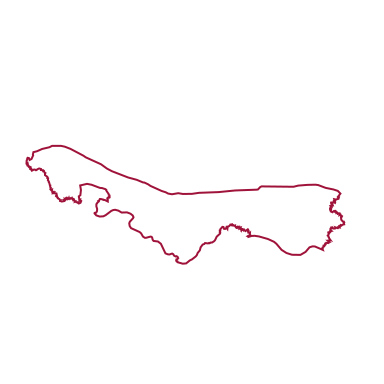 the district of Tha Uthen, Nakhon Phanom, Thailand, rotated 327°
{"feature_id": "78962969B23223373784889", "entity_name": "Tha Uthen", "entity_type": "district", "adm_level": 2, "iso_a3": "THA", "parent_name": "Thailand", "parent_adm1": "Nakhon Phanom", "projection": "mercator", "projection_center": [104.479, 17.636], "detail": "fine", "context": "isolated", "style": "outline", "palette": "rose", "viewbox_px": 384, "rotation_deg": 327, "n_neighbors": 0, "source": "geoboundaries", "source_scale": "gbopen_adm2", "svg_char_len": 5944}
<svg xmlns="http://www.w3.org/2000/svg" viewBox="0 0 384 384"><g transform="rotate(327 192 192)"><path d="M80.1,130.1L80.9,129.3L80.7,129.0L81.1,129.1L81.3,128.7L81.6,129.7L82.5,129.5L82.1,129.3L82.3,128.5L83.3,128.4L83.3,128.8L84.0,128.9L84.0,130.1L84.4,129.9L84.9,130.4L85.5,130.0L85.3,130.7L86.2,130.9L86.1,131.3L87.1,131.2L87.6,132.2L88.1,131.9L88.0,133.2L88.5,132.8L88.9,133.4L88.3,133.9L88.4,134.5L88.8,134.6L88.5,136.0L89.0,136.2L88.7,136.4L89.2,136.5L89.4,137.6L90.9,138.5L90.4,139.0L90.8,140.0L92.6,140.3L94.2,139.2L94.0,138.6L93.6,138.9L93.2,138.5L93.9,137.7L93.2,137.7L93.1,137.3L93.8,136.8L93.6,136.5L94.7,134.0L96.6,133.9L99.9,129.9L101.8,125.6L108.4,128.0L111.7,131.2L117.0,138.4L118.7,139.7L120.9,142.4L121.3,143.5L120.9,144.0L121.0,148.3L120.6,149.0L121.0,149.9L120.1,151.4L119.6,151.0L119.1,151.5L118.5,150.9L117.6,151.1L117.3,151.5L117.2,152.6L116.2,154.1L114.5,151.2L113.4,150.4L113.5,150.1L111.7,148.2L110.8,147.7L109.5,148.6L108.5,148.5L108.5,149.2L106.7,149.4L106.3,149.8L105.2,150.1L104.0,151.9L103.2,154.6L102.0,156.2L100.5,157.1L99.0,156.5L98.6,156.9L99.0,159.5L101.2,162.3L104.4,164.1L106.9,164.4L114.1,163.9L116.0,164.2L117.8,165.0L120.1,167.5L121.8,170.9L126.4,173.7L128.6,176.7L129.5,179.4L129.2,181.3L128.2,181.9L123.6,183.1L122.3,184.1L121.2,186.6L121.2,189.1L126.3,197.1L126.8,199.0L126.6,202.7L127.5,204.7L128.3,205.3L132.9,206.8L133.7,207.6L133.7,208.7L133.0,210.6L133.1,212.1L136.5,215.0L137.7,218.5L136.3,229.0L137.8,231.1L139.0,232.1L141.8,232.8L142.4,234.0L142.3,235.6L143.2,237.2L144.1,237.4L144.6,238.6L144.4,239.9L143.6,239.9L143.0,240.6L142.1,240.1L141.3,241.0L141.3,241.9L141.9,242.6L141.7,243.1L145.2,247.1L148.2,248.7L152.9,248.2L155.3,248.5L160.0,248.1L161.6,247.6L163.6,246.2L166.8,245.2L169.1,243.1L172.3,241.9L174.0,242.3L175.1,241.9L177.5,243.9L178.6,244.0L178.9,244.6L180.3,244.6L181.3,245.3L183.8,245.3L185.2,244.9L188.4,242.9L192.8,242.2L193.5,241.6L193.4,240.7L194.0,240.4L194.3,239.5L194.8,239.7L195.4,238.7L198.5,237.8L199.3,238.5L198.8,240.3L199.6,241.0L200.5,240.8L201.4,241.3L201.5,242.3L202.3,241.3L201.9,240.4L202.2,240.0L203.7,240.8L205.6,240.7L206.4,240.2L207.9,240.9L207.3,241.7L207.4,242.0L208.6,242.2L208.8,243.1L209.9,243.5L209.5,244.0L209.7,246.3L210.1,246.7L210.6,246.4L210.7,245.7L211.4,245.9L211.2,246.6L212.0,246.8L211.9,247.3L212.4,247.4L211.7,248.5L213.2,248.6L212.6,249.1L212.6,249.9L213.0,249.2L213.0,249.7L214.4,250.7L214.4,251.2L213.8,251.4L215.1,251.8L214.7,252.6L215.3,252.7L215.6,253.9L216.9,253.7L217.3,254.4L218.0,253.9L218.1,254.5L218.5,254.4L218.4,255.1L217.5,255.3L217.2,256.5L217.8,256.5L217.6,257.0L217.9,257.4L217.8,258.2L218.2,258.1L217.3,259.3L217.4,259.8L215.9,259.9L215.5,259.4L214.7,259.4L215.0,259.8L214.8,260.4L218.0,261.3L220.6,262.8L224.0,265.8L230.1,272.8L233.7,278.5L234.6,281.5L235.6,289.3L238.0,294.6L241.7,299.1L248.7,303.8L254.6,304.1L260.4,302.4L263.4,303.2L265.4,304.6L270.2,311.8L270.4,310.8L270.7,310.7L270.6,310.1L271.4,309.6L273.0,309.6L273.2,308.7L273.9,309.0L274.0,308.7L274.5,308.7L274.2,308.3L274.8,308.7L275.4,308.0L275.7,308.3L275.9,307.9L276.9,307.7L278.3,308.9L278.7,308.6L279.2,308.9L279.7,308.1L279.6,307.7L280.3,308.4L280.3,307.9L280.7,307.7L280.5,307.3L280.9,307.5L281.7,307.1L281.9,307.4L281.8,305.6L282.2,304.6L282.0,303.8L282.4,303.2L282.1,302.5L283.6,301.9L284.3,300.1L285.0,300.3L285.3,301.1L286.5,300.8L286.7,300.1L287.8,300.6L287.5,299.5L287.8,298.4L289.4,297.6L289.6,298.5L290.3,298.4L290.1,299.0L291.2,299.7L291.2,300.1L292.4,300.6L293.3,300.4L293.3,300.1L294.4,301.5L294.9,301.2L295.0,301.7L295.8,301.5L296.2,301.9L296.6,301.2L296.8,301.6L297.0,301.0L297.9,300.8L297.8,301.3L298.9,300.9L299.1,301.6L300.5,301.4L302.0,302.0L302.4,300.8L303.1,300.5L303.2,299.5L302.4,299.0L302.1,296.5L303.2,294.3L303.8,294.5L304.5,294.1L304.3,293.8L304.5,293.4L304.0,292.6L304.2,291.9L303.2,291.7L304.1,291.0L304.2,290.3L302.2,289.7L302.2,288.8L302.7,288.8L302.4,288.2L301.9,288.1L302.3,287.7L301.4,286.8L302.1,286.4L301.9,285.9L300.9,285.9L300.8,285.3L300.2,285.2L299.7,285.3L299.6,286.1L299.4,285.4L298.8,285.5L297.8,283.9L299.4,282.1L298.3,281.8L298.8,281.0L299.6,281.5L300.3,279.8L300.9,279.7L300.8,279.1L301.1,279.2L301.5,280.0L301.9,279.2L302.8,279.9L303.0,279.0L302.3,278.6L302.9,277.7L302.6,277.0L302.9,276.6L304.3,277.3L304.2,277.8L305.3,277.5L306.0,279.0L306.6,278.5L306.5,276.4L307.2,276.4L307.4,275.5L307.7,275.8L307.4,277.2L308.8,276.7L311.1,277.5L312.2,276.6L311.5,276.2L311.5,275.6L315.6,274.2L314.9,270.5L312.0,266.9L306.4,261.4L301.6,254.9L299.5,253.1L292.7,248.9L284.6,244.5L280.0,242.9L253.4,225.2L252.0,225.0L248.6,225.8L247.4,225.2L229.0,214.2L214.3,206.6L197.4,196.5L191.1,193.6L183.3,188.7L179.8,185.5L174.0,183.0L171.1,180.3L169.8,177.9L167.1,174.6L160.5,164.3L159.4,161.7L157.2,158.1L156.2,157.4L152.3,151.7L146.3,145.0L136.2,131.0L133.4,126.0L130.8,119.2L121.8,105.1L120.7,102.4L113.6,89.7L110.0,84.7L107.2,81.9L99.8,77.1L96.8,76.8L89.8,74.3L84.2,73.4L80.7,72.2L78.9,74.0L78.8,74.7L75.4,76.9L73.3,76.7L73.7,74.7L72.8,73.8L72.2,74.0L71.3,75.2L70.6,75.4L68.9,77.7L69.5,77.9L69.1,78.2L69.4,78.5L68.9,78.7L69.3,78.7L68.9,79.4L69.2,79.4L69.2,80.1L68.9,80.3L68.5,79.8L68.4,80.3L68.8,80.9L69.1,80.8L69.0,81.5L68.5,81.9L68.9,81.7L68.9,82.1L69.6,82.2L70.0,83.0L69.4,83.0L69.6,84.0L69.2,83.7L69.3,84.2L68.8,84.7L69.4,85.8L69.3,86.9L71.7,87.1L72.5,87.7L72.7,88.5L73.5,89.0L74.5,88.7L76.6,89.0L77.9,90.5L77.3,91.3L79.0,92.7L78.5,93.5L79.3,93.9L78.9,95.2L79.3,96.2L78.8,96.3L77.9,97.8L78.9,100.3L78.9,100.9L78.4,101.3L78.8,101.6L78.8,102.2L77.5,103.7L77.7,105.2L77.2,105.8L77.3,106.5L76.4,109.1L76.7,109.4L75.8,110.5L75.9,111.7L74.7,112.5L74.9,113.7L75.8,113.8L75.1,114.5L75.2,115.3L74.8,116.0L75.6,116.3L75.0,116.9L75.8,117.2L75.0,117.5L75.6,117.8L76.1,117.6L76.0,118.2L77.5,119.4L77.2,120.3L76.2,121.0L76.7,121.5L76.4,122.5L76.0,122.4L76.4,123.7L76.0,124.2L77.0,125.9L76.9,127.0L76.6,127.4L76.9,127.5L76.4,127.8L77.3,127.7L76.8,128.0L77.6,129.1L80.1,130.1Z" fill="none" stroke="#9f1239" stroke-width="2"/></g></svg>